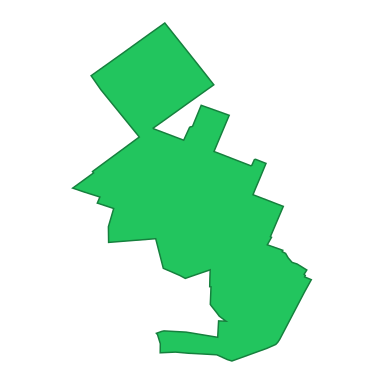 Traian, Teleorman, Romania
{"feature_id": "2599482B68031069657240", "entity_name": "Traian", "entity_type": "district", "adm_level": 2, "iso_a3": "ROU", "parent_name": "Romania", "parent_adm1": "Teleorman", "projection": "equal_earth", "projection_center": [24.993, 43.785], "detail": "fine", "context": "isolated", "style": "filled", "palette": "green", "viewbox_px": 384, "rotation_deg": 0, "n_neighbors": 0, "source": "geoboundaries", "source_scale": "gbopen_adm2", "svg_char_len": 1267}
<svg xmlns="http://www.w3.org/2000/svg" viewBox="0 0 384 384"><path d="M160.2,352.8L175.5,352.1L189.0,353.3L191.7,353.4L204.7,354.1L216.8,354.8L227.4,359.6L231.9,361.0L267.0,348.3L275.8,344.4L277.7,342.4L279.8,339.2L304.5,292.0L311.3,279.7L304.6,276.9L305.3,275.5L304.1,274.3L306.8,270.0L297.1,264.0L292.1,262.4L288.1,257.8L285.6,253.4L282.2,251.7L282.8,250.3L267.3,244.8L271.5,237.3L270.4,236.7L283.3,206.4L253.0,194.7L255.2,189.2L259.5,179.1L266.0,163.4L263.2,162.3L255.6,159.3L254.4,159.6L251.8,165.3L250.9,165.8L214.0,151.5L218.3,141.2L229.2,115.3L201.2,105.3L193.0,125.2L192.7,126.1L191.9,126.6L190.7,126.8L189.6,127.3L183.7,140.2L153.6,128.8L153.2,128.1L166.8,118.4L189.1,102.4L213.8,84.8L208.4,77.9L194.5,60.3L164.8,23.0L150.9,32.9L139.9,40.8L126.6,50.4L115.7,58.2L91.1,75.7L101.0,89.9L139.3,137.0L92.5,171.5L93.6,172.9L72.7,188.1L84.4,192.1L99.9,197.0L97.3,203.1L113.7,208.5L108.4,226.7L108.6,242.4L155.7,238.7L163.3,268.3L179.9,275.5L185.3,278.4L190.7,276.5L210.2,269.8L209.9,278.3L209.7,286.7L211.0,286.8L210.3,304.4L211.1,305.6L216.7,312.7L219.3,316.2L226.0,321.2L218.6,320.9L217.7,337.3L198.9,334.2L191.1,332.9L186.0,332.1L164.0,330.9L161.7,331.4L156.4,333.3L157.5,334.6L160.3,343.7L160.2,352.8Z" fill="#22c55e" stroke="#15803d" stroke-width="1.5"/></svg>